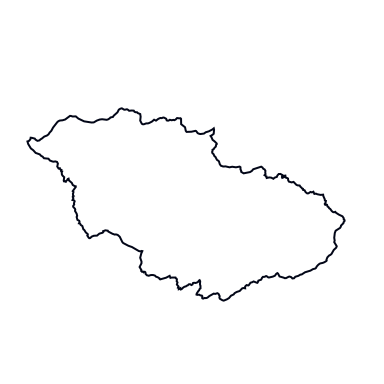 Angostura, Antioquia, Colombia (Natural Earth projection), rotated 61°
{"feature_id": "7082276B23180576044549", "entity_name": "Angostura", "entity_type": "district", "adm_level": 2, "iso_a3": "COL", "parent_name": "Colombia", "parent_adm1": "Antioquia", "projection": "natural_earth1", "projection_center": [-75.338, 6.869], "detail": "fine", "context": "isolated", "style": "outline", "palette": "ink", "viewbox_px": 384, "rotation_deg": 61, "n_neighbors": 0, "source": "geoboundaries", "source_scale": "gbopen_adm2", "svg_char_len": 6035}
<svg xmlns="http://www.w3.org/2000/svg" viewBox="0 0 384 384"><g transform="rotate(61 192 192)"><path d="M67.0,305.8L66.3,306.8L67.6,307.9L68.3,310.0L68.0,311.4L70.6,312.0L75.8,311.8L78.5,310.6L82.0,309.8L85.3,306.9L87.1,306.5L88.7,305.5L90.7,305.1L93.3,301.4L95.6,301.0L97.5,299.4L98.3,298.5L99.0,296.7L100.2,295.5L102.1,295.5L104.4,297.5L106.8,297.3L107.1,296.1L108.2,296.3L109.4,295.5L110.1,296.4L110.4,296.4L111.1,295.7L111.6,296.4L113.6,297.3L114.8,297.3L117.1,296.6L119.9,298.7L120.5,298.8L120.8,298.0L121.5,297.9L121.9,297.4L121.4,296.8L121.0,295.2L120.4,294.4L120.5,293.5L122.2,294.0L125.8,292.7L128.0,292.9L130.2,291.6L131.0,290.2L130.9,290.5L133.4,295.9L134.3,295.6L135.1,296.1L135.8,297.0L137.3,297.6L137.9,297.5L137.8,297.9L138.0,298.3L138.5,298.7L139.8,298.7L141.1,300.4L142.2,299.2L143.2,299.1L144.6,300.7L145.8,301.1L146.6,302.7L147.3,303.1L149.9,302.5L150.7,302.6L151.9,303.5L155.0,303.4L157.2,304.0L157.9,305.0L160.8,305.7L162.5,304.6L163.1,304.7L163.8,304.9L164.6,306.0L164.9,305.6L165.8,305.2L166.8,305.3L168.6,304.4L172.0,305.1L173.0,304.6L175.8,304.5L178.3,303.6L179.0,303.9L179.4,304.7L182.0,304.5L182.6,304.2L182.9,303.4L182.4,301.2L182.7,299.0L184.1,296.2L183.5,293.2L184.3,289.9L183.9,288.8L183.2,288.7L183.5,286.4L185.0,284.4L186.0,284.4L190.0,281.8L191.8,280.2L192.2,279.1L193.5,277.8L196.1,276.9L202.0,277.2L203.3,276.9L208.2,273.7L211.0,271.2L217.9,267.1L218.9,265.9L219.2,264.5L219.6,264.1L221.2,266.2L224.4,269.2L228.4,269.9L229.9,270.8L232.2,274.2L235.7,274.1L236.3,274.7L236.9,274.3L237.5,274.4L238.1,273.5L238.6,273.3L238.3,272.9L239.0,271.9L239.7,271.7L241.1,272.3L243.0,271.8L244.3,270.4L244.6,268.6L245.2,267.2L246.0,266.0L247.2,264.9L248.5,264.6L250.0,263.3L251.8,262.3L252.5,262.5L253.0,262.2L254.4,256.2L254.5,252.2L256.6,252.5L256.7,251.8L258.8,247.9L259.6,248.0L260.2,247.6L261.0,247.5L262.7,248.7L264.0,248.5L265.6,250.1L268.1,249.6L268.9,250.7L269.6,250.1L270.5,250.6L270.5,249.0L271.2,249.4L271.8,249.2L271.9,248.1L271.3,246.0L271.2,244.5L271.6,243.1L271.4,242.2L271.6,241.0L271.2,239.6L271.7,238.4L273.1,237.6L273.1,236.4L272.1,235.2L272.4,234.2L273.3,233.0L273.6,231.4L273.6,230.5L272.8,228.7L272.8,228.1L274.0,228.1L276.6,229.8L278.2,230.1L280.4,231.3L280.5,232.3L281.5,233.6L281.7,234.5L283.1,237.1L283.9,237.8L284.5,237.3L285.3,235.5L286.5,234.8L287.4,233.6L288.2,233.5L289.6,234.5L290.2,234.4L290.7,233.7L290.8,232.3L291.5,231.4L291.8,230.5L291.8,229.1L291.4,227.3L291.4,222.3L292.4,221.1L292.8,218.9L293.9,218.2L296.5,218.3L297.6,219.2L298.8,219.4L301.4,217.9L302.4,216.9L302.8,213.6L302.7,211.0L301.6,208.2L301.8,205.2L301.2,204.0L301.1,203.4L301.1,201.3L301.7,198.3L300.6,194.8L300.9,193.6L302.0,192.2L300.7,191.6L300.1,190.6L299.9,189.3L301.0,188.2L301.0,187.5L299.7,184.8L300.1,183.1L300.1,181.5L303.1,179.0L303.0,178.4L301.7,176.9L302.2,174.0L301.0,172.3L300.6,171.1L301.4,169.6L301.4,168.1L301.7,167.6L303.5,166.8L304.1,166.2L305.2,162.3L305.4,160.0L304.5,158.2L304.3,156.7L305.1,156.3L308.3,156.4L311.4,153.3L312.3,152.7L312.9,151.5L313.0,148.5L313.3,147.6L314.6,146.5L316.3,146.1L316.9,144.6L316.2,142.7L316.9,139.7L316.8,137.3L317.3,136.0L317.0,132.1L318.2,126.5L318.1,123.7L318.7,121.3L318.5,120.3L317.7,119.2L317.0,117.3L316.6,115.3L316.7,114.3L317.4,112.0L317.6,110.2L317.5,108.1L317.3,107.5L316.4,107.2L314.8,105.3L314.0,102.8L314.1,101.4L313.8,100.0L311.4,96.1L310.6,92.9L309.6,91.7L304.8,91.9L303.7,90.8L301.0,89.8L297.1,87.0L295.5,85.1L295.2,80.0L294.5,78.7L293.6,77.9L292.7,74.7L292.0,74.2L291.3,72.6L290.8,72.3L290.1,72.2L289.6,72.6L288.4,72.0L286.2,72.2L283.0,74.5L280.0,76.1L278.8,76.3L278.6,77.6L277.9,78.4L276.4,79.0L273.8,79.3L272.8,79.9L271.5,79.9L270.4,80.5L268.7,80.1L268.1,80.5L267.9,81.6L267.6,81.8L266.8,81.7L266.0,80.3L264.7,79.2L263.8,79.9L262.6,79.4L259.2,79.1L257.9,78.6L256.9,80.9L254.7,83.5L253.5,84.4L253.0,85.9L250.6,85.7L250.5,87.3L249.4,88.3L249.6,90.8L249.1,91.9L247.3,92.7L245.0,92.7L244.1,93.8L243.0,93.4L242.2,94.1L241.2,94.1L240.2,94.6L238.5,94.7L237.5,96.3L236.4,97.2L232.4,98.3L231.9,100.2L229.9,102.2L228.4,102.2L226.8,101.5L226.3,101.7L225.0,102.9L224.2,102.9L222.9,102.4L222.4,103.8L223.6,104.5L223.4,106.2L222.5,106.1L221.0,104.7L219.1,105.9L218.3,107.4L219.0,109.4L219.9,110.4L219.5,112.9L219.9,114.4L217.8,115.8L216.7,117.4L216.0,119.8L215.3,119.5L214.9,119.7L214.5,119.4L214.0,119.9L213.2,119.8L212.4,120.3L212.0,119.0L210.7,118.6L209.0,117.5L207.4,117.6L206.2,118.4L204.7,118.5L203.4,119.2L201.8,127.4L202.6,129.5L202.7,131.6L200.7,137.8L198.2,139.2L196.9,138.6L195.9,138.7L193.8,137.6L192.9,138.0L191.7,141.6L189.4,144.6L188.6,147.2L185.9,150.2L184.8,152.4L183.0,154.0L181.1,154.2L178.4,153.6L177.7,153.7L175.9,154.6L172.6,154.5L171.5,155.0L169.3,154.8L168.0,155.3L167.0,155.1L166.6,154.9L166.0,154.1L165.0,153.6L165.0,152.2L164.3,151.0L163.8,149.1L162.6,148.3L162.0,147.0L161.4,146.9L158.6,147.7L156.4,148.7L153.4,148.4L152.0,148.6L151.9,146.2L151.6,144.8L148.2,142.5L146.9,142.1L147.2,143.9L147.1,147.9L146.4,151.1L146.7,153.2L145.4,156.5L144.7,157.4L143.3,158.5L140.8,158.8L140.2,159.3L139.0,163.3L136.8,167.6L135.5,167.8L132.0,166.7L127.4,168.6L122.7,166.1L121.9,166.3L121.5,167.3L120.1,169.2L120.7,171.3L120.6,172.7L119.9,173.3L119.4,175.0L118.1,176.4L118.2,177.6L118.0,178.4L117.1,179.4L115.4,179.1L113.4,180.4L112.9,181.1L112.7,182.7L111.9,183.8L111.7,186.0L112.1,188.9L110.4,190.1L111.0,192.9L110.9,195.8L110.7,197.1L109.8,198.8L109.4,201.3L108.8,202.3L107.9,202.8L104.5,202.7L101.2,200.4L98.7,199.5L96.8,201.1L95.6,201.4L95.0,202.5L94.0,203.4L92.6,203.5L91.4,205.4L90.5,207.6L89.1,208.1L88.1,208.8L87.5,210.8L87.0,211.5L84.8,212.8L84.4,214.3L84.5,216.1L86.2,218.6L87.3,223.5L88.0,224.7L87.3,227.2L87.7,228.4L87.8,230.3L87.5,231.6L84.8,235.3L83.9,237.5L83.4,240.6L83.5,244.0L83.2,244.9L82.5,246.2L77.9,252.1L72.7,255.8L69.5,257.0L68.1,259.8L66.7,261.1L66.3,261.8L67.1,267.8L66.5,270.5L65.4,273.0L65.3,274.6L65.6,276.0L68.3,282.3L70.3,285.4L71.0,287.7L72.0,289.5L72.3,291.5L71.9,294.3L72.5,297.6L72.5,299.0L72.9,300.4L72.3,302.4L70.3,303.5L69.1,303.6L67.0,305.8Z" fill="none" stroke="#020617" stroke-width="2"/></g></svg>